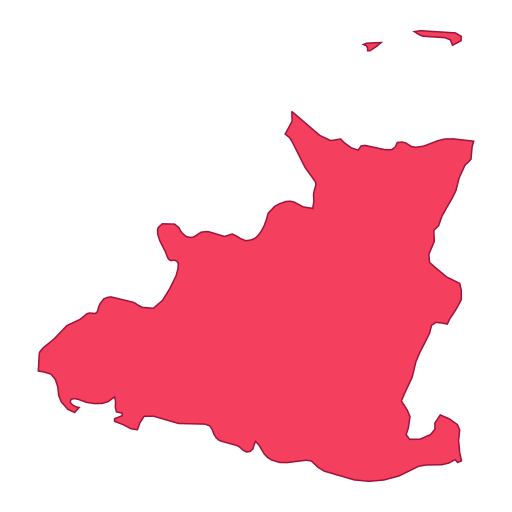 Sancti Spíritus, Mercator projection
{"feature_id": "CUB-1322", "entity_name": "Sancti Spíritus", "entity_type": "Province", "adm_level": 1, "iso_a3": "CUB", "parent_name": "Cuba", "parent_adm1": "", "projection": "mercator", "projection_center": [-79.45, 22.111], "detail": "fine", "context": "isolated", "style": "filled", "palette": "rose", "viewbox_px": 512, "rotation_deg": 0, "n_neighbors": 0, "source": "natural_earth", "source_scale": "10m", "svg_char_len": 3023}
<svg xmlns="http://www.w3.org/2000/svg" viewBox="0 0 512 512"><path d="M292.1,111.7L319.9,135.5L330.8,140.6L340.6,139.0L344.4,142.8L351.4,147.9L358.1,150.2L361.2,145.9L365.1,145.4L384.6,149.6L391.5,149.7L395.6,146.8L396.4,144.3L397.3,142.5L401.9,142.0L405.7,142.9L411.4,146.5L415.7,147.3L423.7,146.1L437.6,140.8L444.7,139.0L453.2,138.9L473.7,141.2L472.1,146.9L471.0,159.2L468.3,162.1L465.1,165.0L462.9,169.7L459.2,177.8L455.9,190.7L452.1,198.3L446.7,207.6L441.9,216.3L438.6,225.7L433.8,230.3L434.3,241.4L428.9,254.2L429.5,262.4L435.4,267.6L446.7,277.0L454.8,281.0L459.7,283.4L461.3,290.4L461.3,299.7L455.9,309.6L449.4,319.5L447.3,324.1L441.9,323.0L435.9,322.4L431.6,325.3L429.5,333.4L425.1,342.2L419.7,352.7L416.0,361.4L412.2,377.1L404.1,394.5L401.4,400.9L407.3,410.2L410.0,416.6L408.4,427.7L406.2,434.6L409.5,439.3L419.7,439.3L430.5,434.6L434.9,429.4L434.9,423.0L440.3,414.9L449.4,418.9L457.5,424.7L459.7,430.0L458.6,440.4L459.7,452.6L461.5,460.9L457.6,462.5L455.1,459.6L448.7,463.1L441.9,464.7L425.9,465.0L418.6,466.3L399.1,475.9L383.9,480.0L369.2,481.3L354.2,479.9L324.4,471.2L318.3,467.5L311.4,461.0L306.2,460.2L287.0,462.6L279.7,462.5L271.5,459.9L268.0,457.8L264.5,454.3L258.8,444.9L255.6,441.4L254.1,444.7L253.0,448.8L250.2,451.4L246.5,452.0L242.8,450.0L239.3,446.8L237.2,445.6L221.3,441.2L219.1,440.3L216.1,437.7L213.9,434.0L212.2,429.5L209.6,425.7L204.8,424.1L178.6,423.5L153.6,416.2L144.1,416.3L139.9,422.8L137.4,429.7L131.1,428.8L122.9,424.5L114.6,421.4L114.6,418.7L122.2,415.7L122.2,413.2L116.5,411.9L115.3,407.4L115.6,401.8L114.6,396.9L108.3,401.5L101.8,403.5L94.5,403.6L86.3,402.3L78.7,399.5L74.4,398.6L71.1,399.4L70.1,402.2L72.5,404.9L76.1,406.9L79.2,407.5L74.6,412.5L67.7,409.2L61.4,402.0L58.7,395.5L57.8,386.9L55.3,379.4L50.9,374.1L44.5,372.1L38.3,371.0L39.2,354.4L39.6,352.3L40.9,350.4L43.4,347.6L53.5,339.5L66.9,325.6L80.0,319.4L87.0,313.7L89.5,313.0L95.0,313.5L96.9,312.3L97.9,310.2L98.7,306.8L100.1,303.7L103.7,299.0L107.5,297.4L111.0,296.9L132.6,302.1L135.3,303.2L137.1,304.6L142.4,307.4L153.4,308.3L162.6,300.3L169.9,288.4L176.0,276.0L178.0,268.6L178.3,263.4L176.9,261.2L175.3,260.4L173.1,260.3L171.2,260.5L169.6,260.1L168.4,258.9L167.1,256.3L165.4,251.8L160.0,241.2L157.7,234.3L157.5,230.2L158.3,227.4L162.4,223.8L174.6,224.1L178.9,227.7L180.3,230.3L182.1,233.0L186.0,236.4L189.9,237.4L193.1,237.2L195.7,235.7L201.1,232.2L206.0,231.6L209.4,231.9L224.6,236.5L232.2,234.0L237.2,236.4L240.4,238.5L245.7,240.7L250.9,240.0L255.0,238.3L258.4,235.2L261.5,230.9L264.3,225.4L266.2,220.3L268.2,213.1L274.8,206.3L279.2,203.9L285.8,201.5L290.3,201.2L294.0,202.0L303.2,206.9L312.7,208.4L313.9,201.2L313.5,194.9L314.4,190.0L315.9,185.0L315.6,182.1L305.1,167.5L292.6,142.6L289.5,137.5L285.2,134.1L292.1,121.3L291.9,112.1L292.1,111.7ZM452.5,45.3L450.4,39.8L445.0,37.7L422.8,36.2L419.0,34.6L414.3,31.6L420.6,30.7L455.4,32.9L461.2,36.3L461.1,40.7L452.5,45.3ZM363.4,44.5L366.7,43.2L381.1,42.5L376.3,46.6L370.1,50.7L367.6,50.7L367.6,48.0L366.4,45.7L363.4,44.5Z" fill="#f43f5e" stroke="#9f1239" stroke-width="1.5"/></svg>